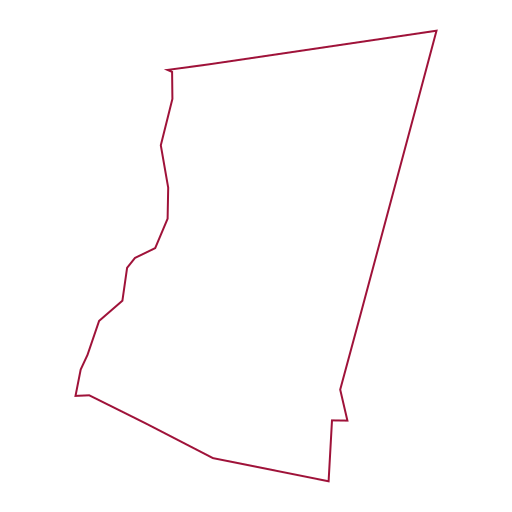 outline of Columbia, New York, United States of America
{"feature_id": "52423323B79096114646112", "entity_name": "Columbia", "entity_type": "district", "adm_level": 2, "iso_a3": "USA", "parent_name": "United States of America", "parent_adm1": "New York", "projection": "albers", "projection_center": [-73.71, 42.244], "detail": "fine", "context": "isolated", "style": "outline", "palette": "rose", "viewbox_px": 512, "rotation_deg": 0, "n_neighbors": 0, "source": "geoboundaries", "source_scale": "gbopen_adm2", "svg_char_len": 428}
<svg xmlns="http://www.w3.org/2000/svg" viewBox="0 0 512 512"><path d="M436.5,30.7L208.5,64.4L167.5,69.9L172.1,71.9L172.4,98.9L160.8,145.3L168.2,187.7L167.6,218.7L155.2,248.1L135.0,257.9L127.1,267.8L122.4,300.7L99.1,320.9L87.5,354.9L80.7,369.5L75.5,395.9L89.2,395.3L145.3,423.2L212.9,458.1L328.6,481.3L332.0,420.4L347.4,420.6L340.2,389.6L360.3,315.3L417.4,102.2L436.5,30.7Z" fill="none" stroke="#9f1239" stroke-width="2"/></svg>